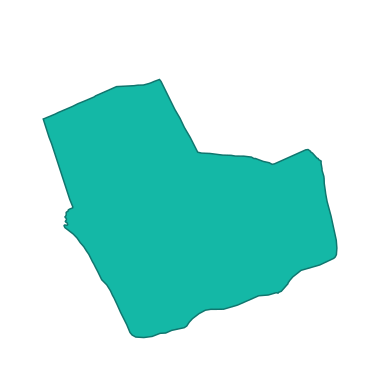 outline of Malacatancito, Huehuetenango, Guatemala, rotated 158°
{"feature_id": "79465075B52740095306971", "entity_name": "Malacatancito", "entity_type": "district", "adm_level": 2, "iso_a3": "GTM", "parent_name": "Guatemala", "parent_adm1": "Huehuetenango", "projection": "equal_earth", "projection_center": [-91.474, 15.234], "detail": "fine", "context": "isolated", "style": "filled", "palette": "teal", "viewbox_px": 384, "rotation_deg": 158, "n_neighbors": 0, "source": "geoboundaries", "source_scale": "gbopen_adm2", "svg_char_len": 1848}
<svg xmlns="http://www.w3.org/2000/svg" viewBox="0 0 384 384"><g transform="rotate(158 192 192)"><path d="M150.1,66.0L149.2,66.5L146.4,66.5L137.4,71.0L136.9,71.8L135.4,72.7L134.8,73.2L130.4,75.5L120.2,78.5L100.9,76.5L85.4,77.4L83.7,78.0L81.6,79.8L78.7,85.7L76.3,93.2L72.1,117.7L70.3,132.6L68.7,140.4L68.1,142.6L66.2,150.3L64.5,155.0L63.9,157.2L63.3,163.4L62.7,165.0L61.5,170.5L60.7,172.3L62.4,174.6L62.5,175.7L63.5,176.8L65.7,182.9L67.0,184.8L66.9,185.4L68.5,187.9L70.8,188.5L105.1,187.2L107.4,187.7L109.4,190.2L114.4,193.6L120.6,199.3L122.1,199.9L123.8,202.1L130.5,205.8L138.4,209.1L141.9,211.3L149.7,214.7L160.9,221.0L168.6,224.5L171.8,226.8L173.2,243.2L174.9,254.6L175.5,264.7L177.0,275.0L179.3,306.1L180.0,308.5L185.7,308.7L188.9,308.6L191.2,308.7L197.0,309.4L202.4,311.4L206.0,312.3L222.5,318.0L245.1,317.3L247.3,316.8L258.4,316.6L264.9,316.6L270.7,316.1L286.4,315.8L289.8,315.5L302.1,315.4L302.6,315.4L302.9,311.5L304.0,296.4L304.1,289.1L308.1,231.1L308.1,222.8L308.6,222.0L309.9,222.0L311.9,222.0L313.4,221.7L314.3,220.6L315.5,220.5L316.3,220.2L317.4,217.5L318.5,216.8L319.1,216.5L319.0,215.5L318.6,215.1L318.5,214.0L319.0,213.1L320.4,212.3L320.4,211.5L319.6,210.7L319.4,209.9L319.4,208.5L319.8,208.1L320.4,207.9L322.1,209.0L322.6,209.1L323.2,208.8L323.3,207.9L323.2,207.0L323.1,206.4L317.9,197.6L315.8,192.4L314.6,186.9L313.6,184.1L312.8,181.7L312.0,177.2L311.0,172.8L310.4,164.8L310.0,162.1L309.7,158.3L309.2,153.4L308.6,144.5L305.8,137.8L304.6,131.0L304.4,126.0L304.0,123.0L303.8,118.8L303.6,115.5L303.3,106.9L302.2,93.4L302.1,84.9L301.1,81.8L298.5,78.6L291.2,75.1L283.0,73.0L274.5,72.9L269.2,71.1L262.6,71.3L250.0,69.1L247.1,69.7L243.4,72.3L239.0,74.4L231.1,76.6L223.9,77.4L218.5,76.2L215.6,75.0L206.6,71.5L192.2,70.1L191.2,70.1L169.0,70.8L159.8,67.9L151.7,67.1L150.1,66.0Z" fill="#14b8a6" stroke="#0f766e" stroke-width="1.5"/></g></svg>